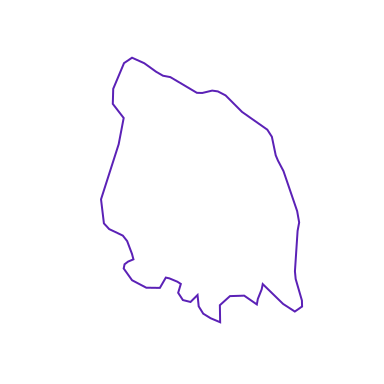 SVG path tracing the border of Marinduque, rotated 161°
{"feature_id": "PHL-2569", "entity_name": "Marinduque", "entity_type": "Province", "adm_level": 1, "iso_a3": "PHL", "parent_name": "Philippines", "parent_adm1": "", "projection": "equal_earth", "projection_center": [121.977, 13.385], "detail": "fine", "context": "isolated", "style": "outline", "palette": "violet", "viewbox_px": 384, "rotation_deg": 161, "n_neighbors": 0, "source": "natural_earth", "source_scale": "10m", "svg_char_len": 899}
<svg xmlns="http://www.w3.org/2000/svg" viewBox="0 0 384 384"><g transform="rotate(161 192 192)"><path d="M269.3,166.7L271.6,173.3L282.4,183.9L285.5,191.0L280.4,214.7L245.8,261.0L232.5,284.2L238.2,301.1L232.9,315.2L214.3,336.0L205.0,338.5L195.2,329.3L186.8,317.4L181.6,311.4L175.1,307.7L155.1,284.2L150.1,282.3L139.9,281.3L134.8,278.7L128.8,272.4L118.6,251.4L100.5,226.4L98.5,218.2L100.9,199.4L100.5,193.7L98.7,182.0L98.8,139.7L100.6,128.3L104.8,120.9L120.5,83.5L122.3,76.0L123.4,53.6L125.2,47.9L133.7,45.5L142.3,56.5L155.1,81.9L157.8,77.3L164.6,69.4L167.3,64.6L176.4,77.0L190.0,81.2L202.5,75.9L207.8,59.7L215.5,66.6L221.0,73.3L222.9,81.7L220.3,92.8L229.2,88.5L235.8,92.8L237.9,101.2L232.5,108.7L235.0,111.9L241.5,117.7L244.6,119.6L253.6,111.8L266.4,116.4L277.4,128.1L281.5,141.9L279.3,145.6L275.1,147.0L269.3,147.4L268.9,153.0L269.3,166.7Z" fill="none" stroke="#5b21b6" stroke-width="2"/></g></svg>